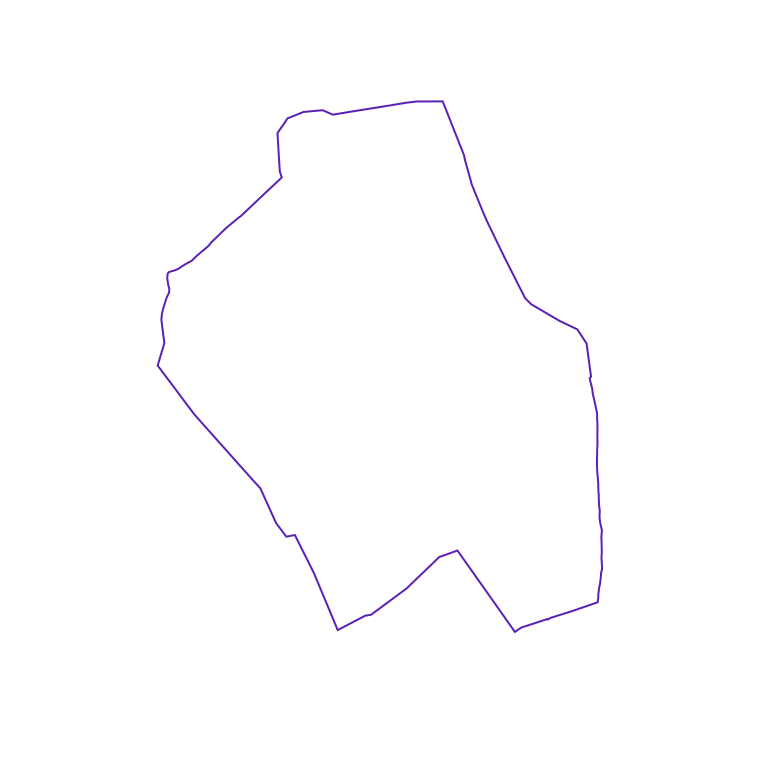 Mayfa'at Ans, Dhamar, Yemen (Natural Earth projection), rotated 338°
{"feature_id": "15242507B32732575993939", "entity_name": "Mayfa'at Ans", "entity_type": "district", "adm_level": 2, "iso_a3": "YEM", "parent_name": "Yemen", "parent_adm1": "Dhamar", "projection": "natural_earth1", "projection_center": [44.633, 14.515], "detail": "fine", "context": "isolated", "style": "outline", "palette": "violet", "viewbox_px": 768, "rotation_deg": 338, "n_neighbors": 0, "source": "geoboundaries", "source_scale": "gbopen_adm2", "svg_char_len": 2698}
<svg xmlns="http://www.w3.org/2000/svg" viewBox="0 0 768 768"><g transform="rotate(338 384 384)"><path d="M500.3,666.4L501.6,664.2L502.8,662.0L503.8,659.6L505.0,657.3L506.3,655.0L507.6,652.8L509.4,650.3L510.7,647.8L512.3,645.0L513.5,642.6L514.6,640.3L516.5,637.8L517.8,635.0L518.5,632.5L519.4,630.1L520.2,627.6L521.4,624.7L522.8,621.8L524.0,618.8L525.0,616.1L526.0,613.5L527.1,610.4L527.7,608.8L528.2,607.3L529.7,604.3L531.1,601.6L531.4,600.4L531.6,599.2L531.7,598.9L532.1,595.4L532.7,592.6L533.5,589.8L534.6,586.5L536.2,583.3L537.4,579.4L538.1,576.6L539.4,573.1L539.9,571.6L540.3,570.4L541.5,567.6L542.4,564.5L543.4,561.7L544.1,559.8L544.8,558.1L545.7,555.4L546.6,552.6L547.2,550.7L547.6,549.5L548.4,546.6L549.7,542.8L550.7,540.0L551.8,537.2L553.4,533.3L554.7,530.4L555.9,527.4L557.4,523.9L559.0,520.6L559.4,519.8L560.1,518.0L560.4,517.3L561.5,514.3L562.7,511.3L564.0,508.3L564.0,508.1L565.1,505.6L566.2,502.8L567.3,500.1L568.1,497.4L569.3,494.3L570.5,491.1L570.6,490.9L572.5,480.3L572.5,479.9L572.5,479.7L573.1,476.7L573.5,473.8L573.9,471.6L574.3,469.8L575.1,467.1L575.6,464.1L576.0,461.1L576.4,457.9L576.9,455.7L578.8,454.7L579.1,453.2L587.0,422.4L583.7,405.8L570.5,391.4L550.4,365.3L547.0,357.2L543.2,312.6L540.5,272.4L540.2,261.7L540.1,240.8L540.1,235.4L540.1,232.2L542.4,212.2L543.1,205.4L543.3,205.3L543.4,205.2L543.9,200.8L543.9,200.6L544.3,144.0L520.5,134.4L509.4,131.4L488.4,126.7L483.6,125.6L468.8,122.2L453.9,118.8L437.4,115.1L437.0,114.7L431.4,108.9L429.6,107.2L425.6,105.9L413.8,102.4L411.2,101.6L394.5,101.6L394.0,101.6L391.0,103.6L391.0,103.8L384.7,107.8L379.3,111.4L377.8,115.7L374.5,125.5L367.0,147.9L366.6,154.2L338.0,165.3L314.2,174.7L311.2,175.4L297.4,179.8L291.9,181.9L276.9,188.0L273.3,190.1L259.0,194.8L252.8,197.3L252.3,197.6L245.8,198.4L240.8,199.2L236.4,200.2L231.6,200.2L227.7,199.7L226.1,199.8L225.4,200.3L224.8,200.6L223.8,202.4L222.6,204.8L222.1,207.0L221.0,211.5L220.6,215.3L219.0,218.7L214.7,222.6L214.2,223.2L207.1,231.8L203.9,236.7L201.6,241.2L199.2,250.3L195.7,263.7L181.0,282.2L181.6,284.1L185.8,300.0L188.2,308.9L190.6,317.9L190.8,318.8L191.5,321.5L193.7,329.8L194.7,333.4L196.0,338.4L196.5,340.4L201.7,355.1L205.5,365.7L211.8,383.2L212.1,384.1L217.1,398.1L217.5,399.3L220.6,407.8L227.6,427.2L230.3,434.4L230.9,449.3L231.7,469.0L231.8,472.3L236.3,489.0L244.8,490.6L248.2,533.1L248.7,576.7L248.9,594.8L279.7,591.8L282.2,592.3L284.2,592.8L285.5,593.1L319.6,584.3L325.3,582.8L327.6,582.3L358.3,570.0L361.4,568.8L370.4,565.1L378.8,565.5L389.7,565.9L399.9,609.1L401.0,613.8L412.5,662.9L420.4,661.2L421.0,661.3L435.0,662.3L447.3,663.1L447.2,663.5L447.3,663.7L451.3,663.3L469.1,664.7L474.7,665.1L500.3,666.4Z" fill="none" stroke="#5b21b6" stroke-width="2"/></g></svg>